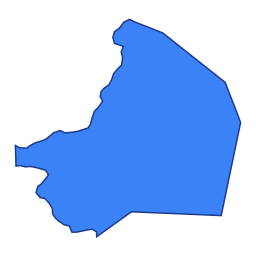 outline of São José do Bonfim, Paraíba, Brazil
{"feature_id": "56859067B5531543323181", "entity_name": "São José do Bonfim", "entity_type": "district", "adm_level": 2, "iso_a3": "BRA", "parent_name": "Brazil", "parent_adm1": "Paraíba", "projection": "orthographic", "projection_center": [-37.335, -7.141], "detail": "fine", "context": "isolated", "style": "filled", "palette": "blue", "viewbox_px": 256, "rotation_deg": 0, "n_neighbors": 0, "source": "geoboundaries", "source_scale": "gbopen_adm2", "svg_char_len": 975}
<svg xmlns="http://www.w3.org/2000/svg" viewBox="0 0 256 256"><path d="M225.3,82.5L162.7,32.9L134.1,21.7L129.5,19.3L123.8,22.2L119.9,27.6L114.4,31.8L112.9,37.3L114.4,43.4L118.7,44.8L123.3,46.4L121.2,51.8L122.6,57.7L121.5,65.2L118.0,68.5L113.6,73.7L111.7,79.4L108.9,84.8L104.3,88.0L101.1,91.5L100.2,96.7L102.7,101.0L98.8,106.7L94.4,111.4L91.9,118.4L90.6,124.1L87.9,128.0L82.1,129.9L76.8,131.6L69.8,132.5L64.5,132.7L60.3,130.5L53.7,132.7L48.9,136.8L45.4,139.5L41.0,141.1L35.5,142.7L30.2,145.5L26.7,148.1L19.7,147.8L15.4,145.5L16.0,166.1L20.4,165.6L24.8,166.8L30.8,166.5L37.1,167.8L45.4,170.2L48.5,174.8L45.4,179.0L41.5,183.8L37.9,186.4L36.0,192.5L40.1,197.6L44.7,198.4L48.7,202.6L52.4,208.6L52.6,213.9L55.0,217.5L58.4,220.9L64.0,224.7L69.4,226.1L71.9,232.2L76.7,232.1L81.4,231.2L87.0,230.0L92.2,229.1L96.5,231.8L96.7,236.7L131.4,211.8L184.5,214.0L221.2,215.6L223.0,207.0L240.6,122.5L234.9,107.4L226.9,87.1L225.3,82.5Z" fill="#3b82f6" stroke="#1e3a8a" stroke-width="1.5"/></svg>